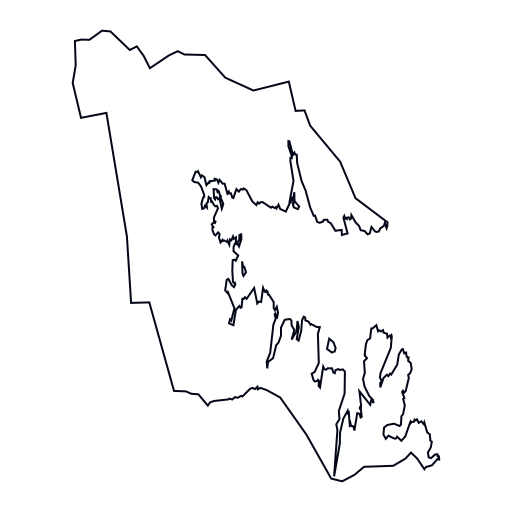 outline of Lebesby nor, Finnmark, Norway, rotated 90°
{"feature_id": "86288312B28845238871652", "entity_name": "Lebesby nor", "entity_type": "district", "adm_level": 2, "iso_a3": "NOR", "parent_name": "Norway", "parent_adm1": "Finnmark", "projection": "robinson", "projection_center": [27.103, 70.553], "detail": "fine", "context": "isolated", "style": "outline", "palette": "ink", "viewbox_px": 512, "rotation_deg": 90, "n_neighbors": 0, "source": "geoboundaries", "source_scale": "gbopen_adm2", "svg_char_len": 6125}
<svg xmlns="http://www.w3.org/2000/svg" viewBox="0 0 512 512"><g transform="rotate(90 256 256)"><path d="M405.6,304.2L402.3,301.8L401.0,298.0L399.4,283.7L398.6,282.6L399.5,279.8L397.1,277.0L397.8,274.4L395.9,271.0L396.5,269.6L388.8,261.9L387.9,259.5L389.1,257.0L386.7,254.6L389.3,254.2L387.9,251.5L390.2,245.1L397.5,231.8L434.6,205.6L478.6,180.8L481.3,169.8L474.9,157.6L466.8,148.0L465.8,118.8L458.5,106.4L452.6,101.1L458.3,95.0L469.2,87.6L467.0,86.0L465.3,80.0L458.2,73.8L460.4,72.7L456.3,73.1L456.0,74.4L454.2,74.6L454.6,77.1L458.1,80.8L457.4,83.3L452.5,84.1L447.4,81.2L441.7,80.2L440.7,81.6L434.3,82.2L432.4,84.8L422.5,87.7L424.2,88.2L421.3,90.7L422.9,93.3L419.3,95.0L420.4,96.3L419.6,97.4L421.8,98.1L421.9,100.3L422.9,101.1L421.8,101.6L436.4,106.7L440.8,110.6L436.7,114.9L438.5,116.1L438.6,117.5L435.7,123.6L438.8,126.2L434.5,128.6L427.5,127.9L425.0,124.7L423.7,118.0L426.0,112.4L424.5,111.0L416.3,110.6L414.1,108.9L405.4,107.2L398.8,108.8L398.0,107.6L392.0,109.9L390.7,109.0L392.5,107.7L391.3,106.4L378.1,103.2L374.8,103.8L373.3,101.9L369.2,100.3L363.0,101.3L360.9,103.8L357.5,103.5L357.7,104.5L356.0,105.5L352.6,105.9L353.4,107.7L349.1,109.1L349.3,110.1L354.3,113.1L364.7,114.8L374.6,120.8L373.6,122.0L376.1,123.7L374.7,125.1L378.0,128.5L387.4,131.7L383.0,131.8L381.5,130.3L377.5,132.0L373.2,131.5L347.9,121.2L336.3,120.2L335.3,120.5L336.1,121.0L335.2,121.0L336.0,121.2L335.5,122.0L337.6,124.5L333.8,125.0L332.6,128.4L330.2,129.0L331.4,131.0L330.3,132.9L331.3,133.9L325.2,135.7L328.5,139.5L328.4,140.7L338.4,141.9L340.2,144.7L344.3,146.1L354.8,147.3L356.6,147.0L355.6,147.0L358.2,145.0L361.2,148.0L372.9,147.2L379.0,149.0L386.7,147.4L396.0,142.7L399.8,139.1L403.0,138.3L399.8,140.7L404.8,141.8L391.2,152.6L405.7,150.9L408.0,151.1L407.4,152.0L408.5,152.2L410.0,151.0L416.8,150.3L417.5,151.4L413.8,152.5L413.2,154.8L430.6,157.6L426.3,158.6L426.0,161.0L423.1,161.6L424.6,162.3L410.9,163.3L414.5,164.1L410.8,164.4L418.7,168.7L432.9,172.0L443.7,172.2L476.4,177.9L430.0,174.6L424.3,175.7L419.1,172.5L411.0,173.2L393.6,167.4L371.5,167.1L369.4,169.2L370.0,172.4L369.1,173.5L370.0,176.4L373.2,177.2L372.7,178.6L368.3,180.0L368.3,184.3L369.7,186.0L369.1,187.7L366.6,188.8L387.6,192.0L385.9,193.4L380.9,193.0L379.8,194.1L381.0,194.8L381.5,197.2L380.3,198.4L373.7,200.3L371.9,197.3L363.0,193.2L333.9,194.1L327.1,192.2L327.0,195.3L324.1,200.8L324.7,201.5L321.5,203.6L320.5,206.5L317.4,206.9L316.7,208.3L320.3,210.0L330.9,210.8L340.6,213.4L339.1,215.3L327.3,213.2L321.0,214.5L331.3,215.5L339.6,220.4L330.1,217.7L325.3,220.4L320.5,220.6L319.0,222.1L319.8,227.3L327.6,231.0L335.7,231.0L342.4,233.4L345.2,235.8L358.1,238.9L362.0,244.0L368.4,244.7L361.7,245.3L352.7,241.8L324.5,238.6L318.6,236.3L314.3,237.3L313.5,236.7L318.7,235.1L312.7,234.0L306.8,235.2L310.2,237.1L308.1,238.3L302.1,238.3L294.7,243.0L294.5,244.1L291.5,244.4L290.5,245.6L292.1,246.3L291.7,247.3L287.8,248.9L302.0,250.9L301.5,253.1L303.5,254.7L288.0,257.9L298.8,265.4L297.2,267.1L299.0,268.3L298.8,269.6L307.2,270.4L307.8,271.4L306.0,272.6L309.9,276.1L325.2,278.6L323.3,283.0L319.3,282.0L320.6,280.7L308.2,277.6L292.3,284.0L293.1,284.4L290.4,286.8L279.9,285.3L278.9,283.6L285.2,280.3L287.1,278.0L284.4,276.7L282.7,277.1L283.2,278.0L282.0,279.0L270.5,279.7L260.1,279.3L259.7,277.3L260.7,276.2L255.5,273.8L251.2,278.5L246.9,278.4L243.7,277.2L243.8,276.2L237.3,276.0L238.8,278.2L236.5,279.0L240.3,280.6L239.4,282.1L244.7,282.7L240.8,284.5L242.0,284.8L240.4,288.1L241.0,289.1L239.9,289.6L242.4,291.5L237.4,293.1L234.1,292.4L232.4,293.9L235.4,296.5L234.4,297.9L229.9,299.6L227.3,299.5L227.1,298.6L224.3,300.3L222.4,298.3L223.0,297.1L221.6,296.5L220.7,298.0L217.6,298.1L208.2,294.0L205.9,295.0L206.3,296.5L205.3,297.8L200.1,300.8L202.9,300.7L198.1,301.4L198.4,302.3L197.2,303.3L202.3,304.2L203.3,305.5L207.6,305.1L205.7,307.0L208.3,308.0L208.9,309.7L203.9,310.6L197.6,308.9L196.8,307.8L194.4,308.0L186.8,310.8L182.7,313.8L182.0,317.9L180.2,319.7L171.7,316.4L172.1,314.9L171.2,314.0L177.3,311.1L175.4,310.1L177.2,307.5L185.2,305.6L181.7,302.7L182.4,302.5L181.1,301.4L180.6,297.2L178.8,297.3L179.5,295.0L182.8,293.6L179.9,292.4L183.6,289.4L183.7,287.4L193.6,284.6L191.6,283.2L193.5,282.7L193.3,281.1L197.6,279.7L198.0,278.6L189.1,275.6L191.6,273.2L189.0,271.1L189.6,269.3L188.4,268.3L190.2,265.6L201.4,259.7L205.1,255.7L202.3,254.3L203.6,253.0L202.2,251.5L202.2,249.2L207.7,241.1L206.6,239.8L208.0,237.4L207.2,236.3L208.4,235.5L204.7,233.5L209.0,231.8L211.6,226.2L198.6,220.1L201.7,218.3L204.4,218.7L203.9,219.2L207.3,218.3L209.1,214.2L206.5,212.8L201.1,217.5L192.2,217.7L196.8,218.4L200.4,222.2L181.0,218.5L161.3,221.6L157.9,221.6L158.1,220.2L156.2,220.2L146.1,223.6L141.0,223.6L141.3,222.6L155.0,219.1L152.6,217.6L154.4,216.9L154.7,215.3L163.2,214.8L181.1,210.4L190.5,206.4L207.6,201.8L215.8,198.3L215.6,196.9L221.9,194.8L222.8,192.3L221.6,189.0L219.9,188.3L219.7,184.7L221.9,183.8L223.1,181.3L230.8,176.6L229.9,170.4L235.0,170.1L233.4,164.4L217.7,168.6L215.9,167.7L218.6,166.7L219.1,165.2L217.7,165.1L217.3,163.3L219.4,162.1L218.4,160.9L215.1,160.6L222.4,156.4L226.0,152.9L230.2,151.3L231.0,147.4L234.3,144.4L233.5,142.3L227.0,140.5L231.5,136.9L231.9,135.2L231.5,133.2L228.4,131.7L225.7,128.0L222.9,127.2L228.2,125.4L226.2,124.7L222.3,124.5L198.2,156.5L161.6,171.9L125.7,201.8L110.4,207.5L110.9,216.4L81.6,223.2L90.5,258.6L77.7,286.7L55.0,307.0L54.5,327.5L51.2,334.3L55.5,343.2L68.2,362.1L55.9,368.3L46.4,375.2L50.0,382.2L31.4,401.6L30.7,410.0L39.8,422.6L39.6,430.7L41.0,437.1L65.4,436.3L83.0,439.3L117.8,431.0L112.9,405.6L236.4,385.1L302.9,380.9L302.4,362.7L390.9,338.0L391.4,325.9L393.8,320.6L394.3,313.6L405.6,304.2ZM348.0,176.4L342.2,178.6L338.7,182.8L348.9,185.0L352.5,180.2L351.4,177.2L348.0,176.4ZM208.7,290.2L203.9,288.7L197.7,291.3L195.1,291.1L196.5,291.9L192.0,292.9L190.9,293.6L191.9,294.5L189.4,295.3L189.1,298.4L198.1,297.9L199.3,296.9L197.3,296.4L197.1,295.4L199.2,294.0L198.1,292.6L208.7,290.2ZM273.5,269.5L275.9,268.5L272.2,266.0L266.8,267.7L267.1,268.8L261.4,269.9L273.5,269.5ZM239.5,270.7L233.5,270.7L235.3,271.4L235.0,272.5L239.7,272.7L243.0,274.9L245.2,275.0L243.7,274.2L246.4,273.0L239.5,270.7Z" fill="none" stroke="#020617" stroke-width="2"/></g></svg>